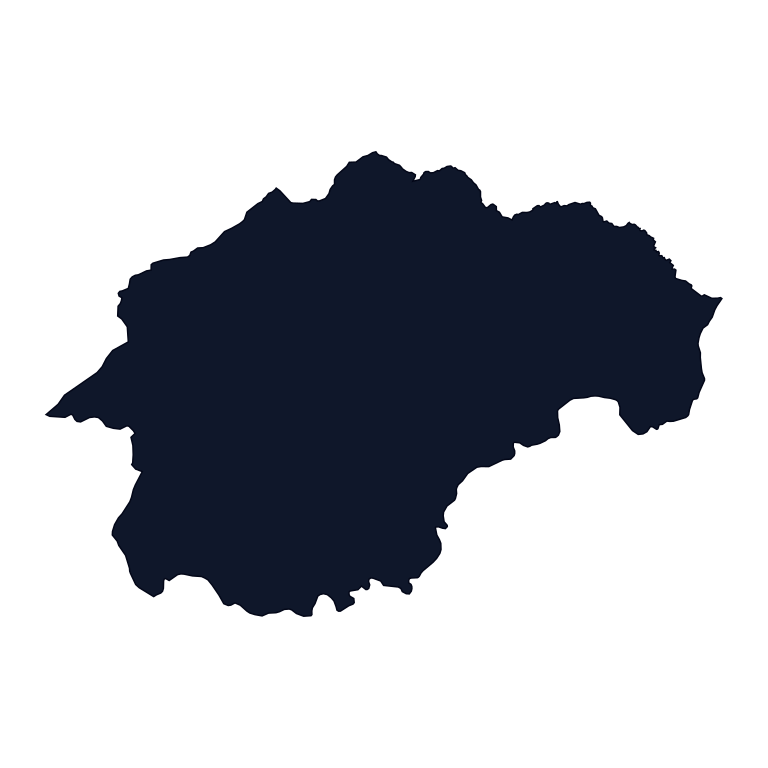 Tarqui, Huila, Colombia (Albers equal-area conic projection)
{"feature_id": "7082276B81769369413646", "entity_name": "Tarqui", "entity_type": "district", "adm_level": 2, "iso_a3": "COL", "parent_name": "Colombia", "parent_adm1": "Huila", "projection": "albers", "projection_center": [-75.833, 2.127], "detail": "fine", "context": "isolated", "style": "filled", "palette": "ink", "viewbox_px": 768, "rotation_deg": 0, "n_neighbors": 0, "source": "geoboundaries", "source_scale": "gbopen_adm2", "svg_char_len": 6118}
<svg xmlns="http://www.w3.org/2000/svg" viewBox="0 0 768 768"><path d="M721.9,298.6L720.6,297.6L717.6,298.2L711.8,298.3L704.3,294.8L702.3,296.1L701.2,296.1L691.6,288.8L691.2,288.0L691.8,285.9L691.3,284.9L689.0,283.8L685.6,281.0L681.8,280.4L676.0,278.6L675.3,278.0L675.0,276.6L675.9,270.1L674.6,269.1L672.1,269.2L672.2,267.8L673.3,265.4L669.8,262.6L670.9,260.7L669.3,259.1L666.3,260.3L665.0,259.4L664.3,257.6L662.9,257.8L661.8,255.7L659.3,255.7L658.9,254.4L659.3,253.1L658.5,251.5L656.5,251.9L655.9,250.3L654.2,250.1L654.2,248.9L655.6,247.8L653.9,246.7L653.7,245.8L655.4,241.8L653.3,240.0L653.6,238.3L650.6,236.9L649.2,235.6L646.9,234.8L646.6,232.8L644.9,230.6L643.8,230.1L642.0,230.9L640.2,230.6L639.7,229.8L640.1,228.5L638.4,228.3L638.2,227.4L637.4,227.1L635.4,224.9L634.2,224.3L632.0,224.5L629.4,223.0L629.2,222.5L628.0,223.3L626.3,225.6L623.7,226.9L619.4,227.5L616.7,226.4L613.9,226.4L611.8,223.5L608.9,223.1L606.8,221.0L603.6,221.9L603.0,221.3L602.4,217.8L601.6,216.6L599.0,215.3L595.4,208.8L592.9,207.8L591.9,206.0L590.5,205.5L590.4,203.0L589.7,202.2L586.9,202.4L584.0,203.6L582.2,203.5L580.5,204.2L575.0,202.5L568.8,204.6L567.0,205.9L564.2,205.6L561.4,206.7L560.4,206.6L558.3,204.1L557.4,201.7L556.7,201.9L556.3,203.4L554.8,202.6L550.2,204.2L549.1,203.8L548.8,203.1L547.0,202.8L545.6,203.5L544.5,205.0L540.4,207.0L539.0,205.6L537.3,205.7L532.9,208.7L533.0,209.7L532.0,210.7L529.6,212.0L527.0,212.5L522.3,212.4L518.2,214.6L516.9,214.2L514.8,215.0L513.5,216.7L512.0,220.0L508.0,217.9L502.2,216.9L499.4,212.2L496.4,210.6L496.3,206.6L493.4,204.4L492.7,204.1L491.0,204.6L487.4,207.6L485.7,207.6L485.2,207.2L482.6,203.7L480.8,202.4L481.6,200.5L480.5,197.0L480.5,191.6L479.8,190.2L478.5,189.4L476.0,184.9L473.4,182.7L471.3,179.8L467.8,177.4L466.6,175.6L465.5,174.8L464.7,172.7L460.8,170.7L458.0,170.3L455.1,167.7L452.9,168.2L451.5,166.4L450.5,166.0L447.0,166.5L444.2,168.2L442.1,168.5L439.4,170.9L437.5,170.6L433.4,172.7L430.4,172.9L428.3,171.5L425.5,171.6L424.0,172.7L423.6,174.1L420.8,177.4L420.4,179.0L419.8,179.6L412.8,181.3L415.2,176.6L415.4,174.8L411.7,172.5L409.0,172.6L406.1,171.4L402.0,168.5L401.8,167.8L399.5,165.3L394.5,163.6L393.1,162.1L391.9,161.9L388.5,159.6L386.5,157.1L381.3,155.5L379.6,155.5L377.3,153.9L375.9,151.8L372.5,152.7L367.9,155.5L363.0,156.8L356.0,162.1L349.3,162.3L346.7,166.4L337.2,174.9L335.5,177.0L334.5,179.8L334.5,184.4L332.6,185.9L330.2,189.4L329.0,193.6L325.5,198.5L319.2,201.0L317.4,200.9L315.9,199.5L311.5,199.4L309.8,201.6L302.9,203.4L293.0,203.1L290.8,202.6L279.9,190.8L276.2,188.1L275.3,189.4L272.2,192.1L268.6,193.4L266.1,196.9L263.5,198.8L262.3,201.5L257.9,203.6L246.9,212.2L244.4,219.7L242.6,221.5L239.6,223.8L231.6,228.3L224.5,231.6L215.2,241.9L210.6,244.8L203.2,247.7L197.6,248.0L193.4,251.1L191.0,252.1L189.8,255.4L187.5,257.1L180.1,257.6L169.7,259.5L163.5,260.0L152.9,263.2L151.2,264.7L151.1,270.1L146.5,270.9L138.3,274.8L135.2,275.3L132.2,276.9L130.2,279.2L129.4,284.1L128.3,288.4L122.3,290.9L119.8,291.4L118.3,293.3L119.1,296.1L121.9,297.7L121.4,300.8L120.3,303.6L118.1,306.2L117.7,316.0L121.7,318.9L127.3,326.8L128.3,341.9L112.7,350.5L106.4,358.5L102.2,366.7L97.1,372.6L64.5,395.2L58.1,404.3L46.1,414.6L49.7,416.3L65.0,417.3L71.0,414.2L72.7,415.0L74.9,419.4L77.0,421.4L80.6,421.9L89.5,417.5L94.5,416.9L98.4,417.5L102.5,421.0L106.3,426.3L113.4,428.3L120.1,429.1L126.8,425.8L128.9,426.2L133.3,430.6L135.1,433.4L131.0,437.3L132.9,445.5L133.2,454.8L132.7,462.8L131.7,464.6L135.7,469.1L142.3,471.6L135.4,484.8L133.4,489.6L131.5,497.4L129.9,501.7L122.1,513.8L118.5,517.8L114.6,524.6L112.5,531.4L112.3,535.0L117.2,541.1L118.8,545.5L125.6,555.4L129.5,568.2L129.7,571.2L130.4,573.2L135.7,584.5L139.2,587.7L153.7,596.6L156.5,594.8L160.8,593.0L162.5,591.3L163.4,588.4L163.6,580.9L164.1,579.2L165.0,578.6L166.2,578.8L169.2,580.5L177.6,574.6L180.9,573.9L184.0,574.1L192.5,575.9L201.5,576.5L204.6,577.9L207.9,579.8L212.1,585.0L218.9,595.0L223.8,603.7L228.2,605.5L230.9,605.1L235.0,602.9L240.3,605.2L246.9,611.1L249.8,613.0L254.9,614.6L262.1,615.9L268.5,613.1L276.0,612.7L279.5,611.7L284.3,609.4L289.2,609.0L291.6,609.8L296.4,613.5L303.6,616.2L311.0,615.7L311.9,614.6L311.8,610.9L312.4,607.8L315.0,603.6L317.8,596.1L320.1,594.5L323.4,593.7L327.3,594.6L331.3,597.8L334.0,601.0L336.1,606.7L337.0,610.2L338.6,611.2L340.5,611.1L348.9,605.7L353.0,604.1L354.2,602.6L353.8,598.5L349.8,596.2L349.1,594.6L348.9,592.3L350.1,591.0L357.9,589.7L361.5,586.1L365.8,589.5L367.1,589.5L368.7,588.5L369.7,584.9L368.6,581.7L368.8,579.4L370.8,577.9L373.1,578.2L380.7,581.0L383.6,585.4L398.3,587.0L400.9,588.5L402.3,591.6L406.2,593.7L409.3,593.9L411.3,591.2L411.9,588.6L411.8,586.4L411.0,584.4L408.7,582.8L408.7,580.2L409.2,579.0L409.9,578.4L411.3,578.0L417.4,577.7L418.2,577.3L419.3,576.2L421.0,573.0L423.0,570.7L433.1,562.2L436.7,558.3L439.9,553.3L441.0,549.5L440.8,543.3L439.4,539.7L436.8,535.0L435.4,527.7L436.0,527.0L438.5,526.8L442.6,528.2L445.4,528.6L447.3,526.6L447.2,525.3L444.1,521.7L443.2,515.7L443.6,512.0L447.0,506.0L454.5,500.2L455.4,498.5L456.6,493.6L456.3,489.6L456.7,487.8L458.2,484.7L462.5,480.8L467.7,473.5L476.9,467.2L481.1,466.5L488.8,466.6L502.2,460.2L504.7,459.5L510.7,459.1L514.1,455.6L514.7,453.6L514.7,450.9L513.2,447.0L513.3,443.4L514.1,442.2L519.7,442.8L523.5,445.4L527.7,446.9L529.8,446.3L531.5,445.2L537.1,444.2L540.0,443.3L545.5,440.7L548.0,438.6L550.7,437.5L555.5,437.4L556.6,436.7L558.4,435.1L559.8,431.5L559.3,424.9L557.7,417.7L557.5,411.1L558.1,409.6L559.2,408.6L569.9,400.2L573.5,398.4L583.8,397.8L587.4,397.3L590.9,396.2L595.0,395.9L598.5,396.1L604.4,397.5L610.2,398.2L615.6,399.7L617.4,400.8L618.3,401.9L620.0,407.4L619.8,414.8L632.5,430.6L638.2,434.4L643.0,433.9L646.9,431.7L650.4,426.6L652.6,426.8L656.5,429.3L657.2,429.2L657.9,428.7L659.2,424.7L662.5,424.3L666.8,421.1L669.8,421.4L673.5,421.2L685.7,417.5L687.7,415.9L688.6,414.6L689.5,409.5L692.4,400.6L693.5,399.3L696.7,398.8L697.7,397.8L699.1,392.4L704.5,380.3L704.5,378.6L702.1,372.7L701.4,368.5L700.3,357.5L700.4,352.8L698.2,345.8L698.0,343.3L699.0,337.7L700.3,333.6L703.0,328.1L707.6,324.7L709.3,321.3L712.2,317.2L714.8,309.8L717.0,305.7L721.9,298.6Z" fill="#0f172a" stroke="#020617" stroke-width="1.5"/></svg>